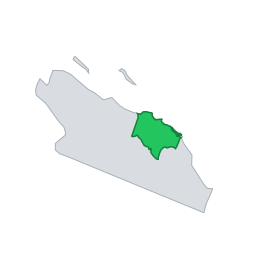 location of Stann Creek within Belize, rotated 290°
{"feature_id": "BLZ-1355", "entity_name": "Stann Creek", "entity_type": "District", "adm_level": 1, "iso_a3": "BLZ", "parent_name": "Belize", "parent_adm1": "", "projection": "albers", "projection_center": [-88.471, 16.817], "detail": "fine", "context": "in_parent", "style": "filled", "palette": "green", "viewbox_px": 256, "rotation_deg": 290, "n_neighbors": 0, "source": "natural_earth", "source_scale": "10m", "svg_char_len": 2991}
<svg xmlns="http://www.w3.org/2000/svg" viewBox="0 0 256 256"><g transform="rotate(290 128 128)"><path d="M80.5,79.2L80.4,72.5L82.6,67.2L88.7,65.0L96.6,69.6L99.9,71.6L102.9,70.5L106.7,67.7L111.3,59.5L122.9,42.5L127.5,30.5L132.1,28.1L138.6,27.7L144.2,28.4L140.3,37.2L144.2,38.4L147.8,37.6L156.4,37.8L159.7,47.5L158.9,55.6L150.8,76.9L149.7,84.2L146.1,95.2L151.1,102.4L146.4,112.0L144.8,118.2L144.4,127.5L146.8,145.3L143.0,170.8L136.3,182.0L132.1,186.2L124.6,197.3L114.7,200.6L101.0,218.5L98.5,223.2L99.9,228.2L96.6,228.3L83.5,227.4L74.6,228.3L74.3,227.9L75.1,208.6L76.3,178.9L77.2,157.1L78.1,135.8L78.8,119.8L79.7,98.0L80.5,79.2ZM169.7,70.8L166.2,72.2L169.1,67.7L169.5,64.9L173.5,53.0L176.4,53.0L177.1,54.1L169.7,70.8ZM177.0,109.6L171.3,120.4L171.0,117.4L173.3,109.3L176.5,106.5L178.5,103.5L178.9,100.0L181.7,101.7L181.0,105.2L177.0,109.6Z" fill="#d9dde1" stroke="#a8b0b8" stroke-width="1"/><path d="M144.8,131.9L144.8,132.6L145.2,134.4L145.5,135.3L146.2,135.7L147.8,136.3L148.7,137.4L149.3,138.9L149.7,140.6L149.9,143.1L150.3,144.9L150.1,145.8L149.7,146.0L149.0,146.0L148.3,146.3L147.5,147.0L146.5,148.2L145.6,149.6L145.2,150.8L145.6,152.2L147.0,154.5L147.3,155.9L147.7,156.1L147.9,156.4L147.8,156.9L147.6,156.9L146.6,156.8L146.3,156.9L145.3,157.6L144.9,158.1L144.8,158.8L144.6,159.2L144.3,159.5L143.9,160.1L143.7,160.9L143.8,161.8L144.2,163.0L144.2,163.8L143.6,169.3L143.1,170.1L142.5,170.8L141.7,171.8L140.9,174.9L140.5,175.9L140.2,177.3L140.7,179.2L140.4,179.9L139.9,180.6L139.4,180.7L139.2,179.4L141.5,170.6L142.7,169.3L143.2,168.5L141.2,169.6L139.2,174.6L137.6,176.5L138.1,176.6L139.1,177.1L138.6,177.4L138.3,177.5L137.8,177.4L137.1,177.1L137.3,177.8L137.5,178.1L137.9,178.2L138.6,178.2L138.6,178.6L137.8,179.2L137.3,179.9L137.2,180.9L137.4,181.3L136.5,180.9L136.3,180.3L136.0,180.3L135.2,180.2L133.7,180.5L133.4,180.4L133.0,180.3L132.2,180.3L131.9,180.4L129.0,180.2L128.7,180.2L128.3,180.3L125.3,179.8L124.8,179.6L125.0,179.3L125.1,179.1L125.3,178.8L125.3,178.5L125.3,178.2L125.4,176.9L125.5,176.5L125.5,176.2L125.5,175.9L125.4,175.5L125.1,174.9L124.9,174.6L124.7,174.3L124.5,174.0L124.4,173.7L124.1,173.4L123.9,173.0L123.0,172.0L122.7,171.6L122.6,171.2L122.9,170.5L123.0,170.1L122.9,169.8L122.7,169.5L122.5,168.9L122.3,168.5L121.9,168.2L119.3,166.7L118.3,166.5L116.6,166.3L111.0,166.4L108.9,167.1L108.6,166.1L108.6,165.8L109.0,164.2L109.8,162.8L110.3,161.6L112.3,158.5L112.7,158.1L113.1,157.8L114.5,157.3L115.8,157.1L116.1,157.0L116.4,156.8L116.4,156.6L116.1,156.3L115.1,155.6L115.1,155.3L115.2,155.0L115.6,154.6L116.3,154.3L116.6,154.1L116.8,153.9L116.9,153.5L117.0,153.1L116.9,152.2L116.9,151.8L117.0,150.7L117.1,150.3L117.0,149.9L117.0,149.6L117.1,149.2L119.3,146.8L119.9,145.9L120.2,145.5L121.1,144.9L121.5,144.2L122.0,143.4L122.4,142.1L123.2,140.6L123.5,140.2L123.9,139.9L124.2,139.6L124.2,138.9L123.7,138.4L122.7,137.5L121.6,135.7L121.4,135.1L121.6,134.3L141.2,134.0L141.9,133.7L142.3,133.5L143.8,132.9L144.8,131.9Z" fill="#22c55e" stroke="#15803d" stroke-width="1.5"/></g></svg>